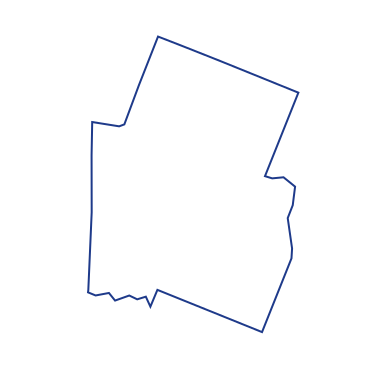 outline of Flagler, Florida, United States of America, rotated 203°
{"feature_id": "52423323B80488084984098", "entity_name": "Flagler", "entity_type": "district", "adm_level": 2, "iso_a3": "USA", "parent_name": "United States of America", "parent_adm1": "Florida", "projection": "mercator", "projection_center": [-81.314, 29.466], "detail": "fine", "context": "isolated", "style": "outline", "palette": "blue", "viewbox_px": 384, "rotation_deg": 203, "n_neighbors": 0, "source": "geoboundaries", "source_scale": "gbopen_adm2", "svg_char_len": 507}
<svg xmlns="http://www.w3.org/2000/svg" viewBox="0 0 384 384"><g transform="rotate(203 192 192)"><path d="M72.8,90.4L74.5,169.8L77.8,179.1L93.7,205.4L94.1,219.2L99.2,237.2L113.5,241.3L123.5,235.9L131.0,235.1L132.9,325.0L217.1,323.6L258.1,322.6L284.0,321.8L282.6,269.6L280.7,227.8L284.7,224.0L311.2,217.4L298.8,186.6L276.4,134.1L249.2,61.4L248.5,59.0L240.3,59.1L229.0,66.6L220.4,62.0L209.3,72.2L200.5,71.8L193.6,77.6L185.5,70.2L185.6,88.4L72.8,90.4Z" fill="none" stroke="#1e3a8a" stroke-width="2"/></g></svg>